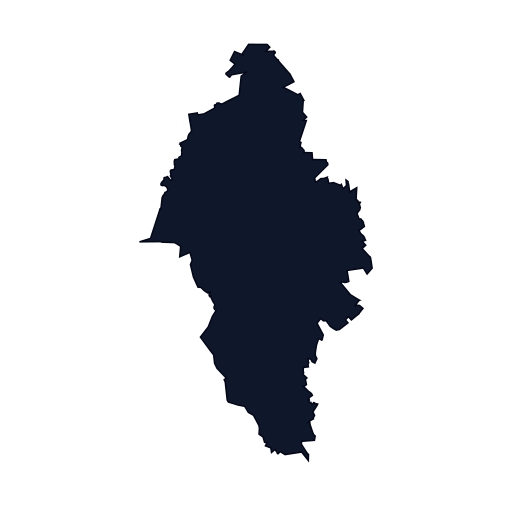 the district of Alamos, Sonora, Mexico, rotated 171°
{"feature_id": "50627088B7149168530269", "entity_name": "Alamos", "entity_type": "district", "adm_level": 2, "iso_a3": "MEX", "parent_name": "Mexico", "parent_adm1": "Sonora", "projection": "orthographic", "projection_center": [-108.835, 27.083], "detail": "fine", "context": "isolated", "style": "filled", "palette": "ink", "viewbox_px": 512, "rotation_deg": 171, "n_neighbors": 0, "source": "geoboundaries", "source_scale": "gbopen_adm2", "svg_char_len": 5946}
<svg xmlns="http://www.w3.org/2000/svg" viewBox="0 0 512 512"><g transform="rotate(171 256 256)"><path d="M283.4,99.1L279.6,88.0L279.6,85.3L280.9,79.5L277.9,76.7L277.7,76.7L277.4,76.3L276.7,70.7L274.5,69.8L276.4,67.0L271.4,64.2L271.4,59.5L267.6,61.8L267.4,61.8L267.2,61.7L267.0,61.4L266.9,60.5L266.2,59.6L265.9,58.3L265.9,57.8L265.2,57.2L262.7,59.0L258.4,55.3L241.6,55.2L236.3,45.8L235.2,51.7L236.5,53.6L240.6,63.0L239.9,65.9L238.5,65.7L227.1,64.8L225.7,69.0L227.1,70.7L228.0,75.1L228.9,80.8L228.9,83.5L230.4,83.5L229.0,84.6L224.7,86.2L224.9,87.0L223.1,89.3L224.1,92.9L223.9,93.4L219.2,98.7L218.2,100.1L220.3,100.9L221.6,102.1L222.1,102.2L223.1,100.9L224.4,101.4L224.7,102.9L226.0,102.8L226.8,105.4L225.9,105.3L226.0,107.6L222.1,109.5L222.6,111.2L223.6,112.5L225.3,114.1L229.5,119.8L227.6,120.3L226.3,121.1L226.5,126.4L224.8,127.6L228.3,132.0L227.2,133.2L227.4,133.4L227.1,136.6L226.4,138.5L221.6,138.3L221.7,140.1L220.6,142.6L220.8,144.2L220.7,146.6L218.2,145.5L217.8,145.0L217.1,142.8L214.6,141.0L213.4,142.9L211.9,145.0L212.9,148.2L212.8,149.4L212.4,151.7L210.1,158.8L207.1,164.5L206.3,164.2L204.3,162.6L203.9,162.7L201.9,167.5L206.1,179.7L205.4,180.9L201.8,184.1L199.6,181.4L196.8,181.1L193.8,175.0L191.0,172.3L188.7,170.5L188.4,170.2L185.0,170.4L175.6,175.6L176.5,177.1L176.8,177.5L177.6,178.9L174.3,181.6L171.8,177.9L167.5,180.5L163.4,182.8L163.5,183.0L158.5,187.5L161.5,191.0L164.7,191.7L166.6,190.6L162.6,194.7L161.1,195.9L161.0,196.2L160.7,196.2L161.9,197.1L168.8,203.0L176.2,215.6L176.9,216.1L176.5,216.1L175.6,216.6L175.4,217.1L172.4,215.9L171.2,215.9L168.8,216.2L168.3,216.4L168.3,227.5L151.8,227.3L149.1,220.8L143.2,225.8L143.1,232.7L143.2,236.9L144.7,238.8L150.0,246.8L145.9,249.5L148.8,253.8L145.3,254.4L145.5,255.1L145.7,255.4L145.9,256.3L145.9,257.2L146.6,258.7L147.4,259.9L147.8,260.2L148.7,261.4L149.0,261.7L149.6,263.1L150.2,265.7L149.2,265.6L148.0,266.4L147.6,266.3L145.4,267.8L145.0,267.8L144.3,268.2L144.5,270.1L144.8,271.3L144.6,272.4L145.1,273.5L145.3,274.2L146.2,275.2L146.3,275.8L146.6,276.2L148.0,276.4L148.5,276.8L149.0,279.7L149.4,280.6L149.3,281.1L149.4,282.5L146.2,285.5L146.2,286.2L145.4,287.2L145.4,287.5L145.7,290.5L146.1,291.9L145.0,292.0L144.7,292.2L144.5,292.7L145.0,292.8L145.3,292.6L145.5,292.8L146.0,293.0L146.3,293.2L146.3,293.6L146.4,294.0L146.7,294.3L146.9,294.6L147.4,294.9L147.5,295.3L147.6,295.8L148.3,296.2L145.8,307.7L150.5,305.9L153.5,304.4L153.3,306.1L153.4,307.0L153.3,312.7L153.8,313.5L153.6,313.8L153.4,315.1L155.2,317.0L155.6,311.5L159.5,308.8L160.5,313.4L161.3,312.7L161.5,312.6L168.0,316.4L172.8,316.4L172.9,320.4L173.0,321.1L173.5,321.9L173.2,322.7L176.9,322.0L179.9,322.3L183.3,320.4L185.1,319.8L185.8,319.8L185.8,323.0L186.3,323.1L186.2,323.7L170.7,334.9L170.8,337.0L171.8,337.7L171.8,340.1L182.4,342.0L185.0,342.4L184.5,349.2L192.4,350.7L192.0,352.7L193.9,355.8L194.4,356.3L194.6,356.3L194.7,356.5L195.7,356.5L195.6,356.9L195.4,357.1L193.8,361.1L195.2,362.4L192.2,368.1L191.1,370.2L185.1,381.9L188.3,382.6L184.2,385.3L187.6,390.7L185.0,402.3L184.4,402.2L186.9,409.6L189.4,408.7L202.6,418.4L191.2,422.2L194.1,430.7L194.3,430.8L202.7,444.1L203.3,445.2L203.3,446.2L204.3,446.7L206.9,450.8L206.9,452.1L205.3,454.1L205.2,454.0L205.1,454.4L206.2,455.7L206.4,455.4L214.2,456.6L209.7,460.1L211.3,462.3L211.3,462.5L211.9,463.2L230.2,466.2L237.7,458.2L237.4,456.6L245.2,461.3L250.9,453.3L246.7,448.8L250.1,445.9L254.0,442.8L254.8,442.5L257.1,441.2L257.1,439.9L256.3,439.3L256.1,438.9L254.9,437.5L254.4,436.8L254.2,436.8L253.6,437.0L253.1,437.6L251.9,438.8L236.2,439.1L236.8,438.8L239.4,437.6L242.5,436.0L247.5,417.4L260.6,413.2L265.6,411.5L265.9,411.6L266.1,411.6L266.3,411.5L268.1,412.3L268.4,412.6L268.6,413.0L270.7,413.1L271.3,412.2L271.6,412.0L272.1,411.8L273.2,411.7L273.5,411.4L273.5,411.1L273.4,410.8L273.5,410.5L273.7,408.6L285.2,404.5L291.5,404.5L291.6,406.5L300.2,406.5L300.2,398.7L300.1,397.6L300.1,394.5L300.1,389.5L303.3,386.6L303.7,385.8L304.2,385.1L304.7,383.8L304.9,382.9L305.3,382.3L305.9,381.5L313.3,379.3L312.4,378.4L313.5,378.1L313.3,377.9L312.9,376.0L311.8,375.0L312.4,373.7L313.1,371.7L313.0,370.0L313.5,368.4L313.8,366.6L316.7,365.5L316.7,365.0L316.7,364.5L316.8,364.3L317.1,364.1L317.5,364.0L321.2,363.9L321.4,363.2L321.7,363.0L321.9,362.2L322.1,361.2L322.1,360.7L322.3,359.0L322.1,357.8L321.8,356.9L322.4,356.3L322.8,355.4L323.0,354.8L323.1,354.2L326.5,354.2L326.9,353.9L327.2,353.5L327.4,353.1L327.4,352.8L327.4,351.2L327.3,350.5L327.2,350.3L327.3,350.1L327.3,349.7L327.6,349.2L327.5,348.9L328.0,348.5L326.9,345.8L326.7,345.0L328.2,343.8L331.0,348.3L332.9,347.8L333.2,347.8L333.9,347.9L334.6,347.6L334.6,347.4L334.7,347.2L334.8,346.2L335.1,345.6L335.5,345.2L337.2,343.9L337.9,343.2L338.6,342.2L338.7,341.7L338.7,341.2L338.6,340.8L338.3,340.5L337.2,340.1L336.1,340.1L335.7,340.0L335.0,339.7L334.4,339.2L333.6,338.3L333.2,337.5L332.9,336.5L332.8,335.9L332.9,335.1L333.1,334.6L333.5,334.0L333.9,333.7L335.0,333.2L335.8,333.1L336.2,332.7L336.2,332.1L337.1,331.4L337.1,331.1L337.1,330.9L337.6,330.8L337.9,330.6L338.1,330.3L338.4,330.2L338.5,329.8L339.0,329.3L339.3,328.4L339.6,328.3L342.5,317.6L343.1,317.4L343.3,317.5L343.1,317.7L343.1,317.8L343.3,317.6L343.6,317.4L343.6,317.1L357.4,289.9L368.9,288.2L348.5,285.2L346.4,284.3L334.4,282.0L332.0,280.1L328.9,277.3L331.5,267.1L320.7,269.9L319.7,261.8L322.1,257.8L321.1,245.0L318.2,234.3L315.2,233.5L312.6,229.9L309.3,226.9L308.6,227.4L307.9,227.8L307.2,227.8L306.9,227.7L307.0,227.0L307.5,226.5L308.1,225.8L308.3,225.3L308.5,224.8L308.4,224.5L308.3,223.8L307.9,223.1L306.9,223.5L307.0,222.7L306.9,221.9L306.3,220.0L305.8,218.2L305.2,216.7L304.4,214.9L304.4,214.5L304.4,214.3L304.6,213.9L304.7,213.2L305.3,212.5L305.5,212.1L305.6,210.8L305.2,209.9L304.4,208.7L303.9,208.5L308.5,203.2L314.3,193.4L323.6,184.6L316.1,170.0L313.3,164.9L313.7,156.5L312.1,151.2L304.5,140.1L306.8,138.8L306.1,136.3L307.0,118.2L306.2,116.1L296.8,111.5L290.7,109.3L288.0,102.7L283.4,99.1Z" fill="#0f172a" stroke="#020617" stroke-width="1.5"/></g></svg>